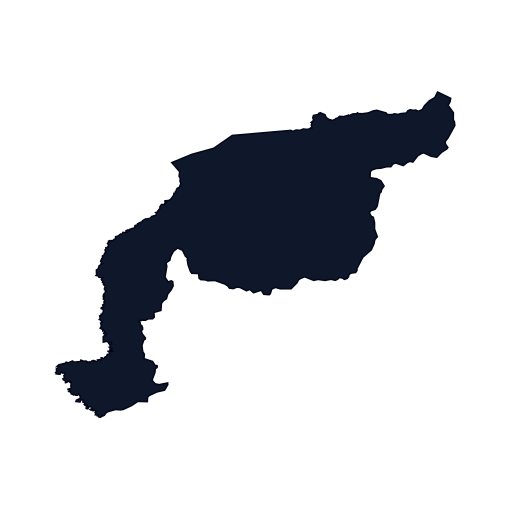 the district of Ikelenge, North-Western, Zambia, rotated 84°
{"feature_id": "96606910B32160654105939", "entity_name": "Ikelenge", "entity_type": "district", "adm_level": 2, "iso_a3": "ZMB", "parent_name": "Zambia", "parent_adm1": "North-Western", "projection": "equal_earth", "projection_center": [24.346, -11.254], "detail": "fine", "context": "isolated", "style": "filled", "palette": "ink", "viewbox_px": 512, "rotation_deg": 84, "n_neighbors": 0, "source": "geoboundaries", "source_scale": "gbopen_adm2", "svg_char_len": 6124}
<svg xmlns="http://www.w3.org/2000/svg" viewBox="0 0 512 512"><g transform="rotate(84 256 256)"><path d="M373.0,357.1L373.8,365.8L372.6,369.6L369.7,371.8L368.1,372.1L361.1,368.6L357.5,368.0L356.6,366.0L355.3,365.7L354.6,365.9L354.2,367.9L350.1,369.8L346.4,378.1L342.0,377.3L339.4,378.6L333.0,378.8L327.9,376.4L327.1,374.8L326.0,374.5L321.5,377.3L318.5,377.9L317.1,376.4L315.4,376.3L313.3,376.9L312.5,378.1L310.2,378.2L309.3,379.4L307.8,378.0L308.4,377.6L307.9,376.0L308.4,372.8L307.3,369.6L307.6,365.4L306.2,363.5L301.5,363.5L300.2,356.2L293.2,355.0L290.8,352.7L289.1,349.5L284.7,347.8L280.8,343.9L277.0,341.5L272.8,341.5L271.8,342.9L272.6,346.1L267.6,348.7L257.0,345.8L253.4,346.1L251.2,342.1L247.6,340.9L242.7,337.6L239.9,333.1L242.6,328.5L249.1,326.1L250.7,324.2L252.2,324.8L257.8,324.5L264.4,322.9L266.5,321.7L267.5,314.8L272.1,315.0L273.7,313.5L274.6,308.5L275.6,306.7L276.1,299.4L280.6,290.0L282.9,287.1L285.2,285.8L286.1,282.0L285.0,278.4L285.6,275.2L289.6,269.1L288.6,265.6L292.3,262.3L290.6,254.3L294.9,252.3L295.9,246.9L295.0,245.7L290.5,243.8L289.3,239.8L291.1,235.5L292.3,224.6L286.8,217.9L284.3,216.4L283.0,214.1L281.8,209.7L286.3,201.1L285.8,196.7L287.5,190.0L287.0,184.0L288.5,179.6L287.5,177.0L286.1,175.4L286.9,172.3L288.5,170.6L287.9,167.8L286.4,166.2L284.4,165.6L283.0,163.5L282.8,158.6L281.0,157.1L279.0,156.9L268.4,149.9L261.9,140.7L256.2,137.4L252.2,136.1L249.5,133.3L241.6,135.3L235.2,134.6L229.7,135.3L228.6,137.2L225.0,138.7L223.1,137.4L222.0,132.7L219.2,130.3L206.7,126.5L205.2,124.7L203.1,124.2L199.8,121.3L194.1,124.1L191.7,128.0L190.0,134.4L184.2,133.5L182.6,131.9L181.6,127.4L181.7,122.3L180.9,116.9L181.3,112.5L178.8,110.2L178.1,107.4L181.5,100.1L178.7,95.7L178.0,92.9L179.0,90.2L173.2,84.6L171.2,80.2L171.0,78.3L175.1,71.5L176.7,65.9L172.2,60.5L169.6,55.2L168.2,53.8L164.6,55.8L161.8,55.8L158.9,52.9L147.0,44.6L143.3,44.6L141.3,45.5L134.1,44.7L126.3,49.2L122.8,46.8L119.5,45.9L111.9,58.3L117.1,61.6L119.8,67.5L124.1,72.7L127.8,75.4L129.0,79.6L127.5,81.8L127.6,84.4L126.6,87.4L127.6,90.1L129.5,91.4L129.5,97.7L130.1,99.7L129.0,103.5L129.6,105.6L129.1,110.5L127.3,111.7L123.7,120.6L123.9,124.1L125.4,129.3L125.6,135.1L125.1,139.0L124.2,140.1L125.0,141.3L124.8,144.8L126.1,148.8L125.6,149.1L126.3,149.8L125.8,150.2L126.5,154.2L125.9,157.8L126.4,157.6L126.3,159.1L127.2,159.9L127.6,162.2L128.1,162.2L129.2,166.0L128.3,167.5L128.4,169.1L127.8,169.0L125.7,171.7L122.7,172.6L120.2,177.1L120.7,178.7L121.6,178.9L122.2,184.2L124.5,185.1L127.0,184.5L128.8,187.0L129.0,186.2L131.7,187.4L133.5,186.9L134.3,188.2L134.8,187.6L135.4,191.7L134.6,195.8L135.6,199.0L134.9,202.9L135.9,206.5L134.7,208.1L133.6,267.0L144.4,286.7L148.2,309.3L154.3,330.0L164.2,323.1L168.6,324.2L171.0,323.2L173.5,323.8L176.3,323.2L179.8,325.3L180.4,327.3L181.6,328.2L183.0,328.5L183.5,329.4L184.4,329.1L185.1,329.9L184.9,330.9L187.3,331.8L190.7,335.0L191.6,336.9L191.6,340.3L192.6,339.4L192.6,340.8L193.8,340.2L194.1,341.3L195.2,341.5L194.9,344.7L197.3,346.6L198.1,346.1L201.0,349.0L201.3,348.5L202.2,349.6L202.3,351.2L203.0,350.6L204.9,351.0L205.8,355.7L207.4,357.1L207.7,362.3L209.0,365.1L210.4,366.3L210.4,367.5L211.6,370.5L212.6,370.7L213.1,373.2L215.2,373.7L216.2,378.6L217.9,379.6L216.6,380.4L217.1,382.4L218.7,381.8L218.4,382.6L219.1,382.5L218.6,386.0L220.1,386.7L220.0,388.4L221.6,390.9L222.2,393.7L224.3,393.8L224.6,395.4L225.7,396.7L225.4,400.1L225.9,401.2L226.6,400.8L228.0,402.4L229.3,401.6L230.9,401.9L232.2,403.6L232.0,404.4L233.5,404.5L234.3,405.6L237.0,404.9L237.3,406.3L238.8,406.7L240.0,408.8L242.0,408.6L242.2,409.5L245.0,411.1L246.9,410.1L247.5,410.8L247.8,409.8L249.4,413.1L252.3,414.3L253.2,416.2L256.3,416.5L256.9,415.5L258.6,417.2L259.5,414.8L260.7,414.5L261.7,411.0L263.4,412.3L265.3,410.9L266.1,411.5L267.5,410.2L268.5,410.7L270.2,409.1L273.0,410.3L275.3,408.9L275.1,409.5L276.8,409.8L278.1,411.5L279.5,412.0L279.5,411.2L280.2,411.1L280.6,412.7L280.8,411.5L282.8,412.4L283.9,411.0L285.7,412.0L286.2,410.9L286.7,411.9L288.1,412.1L288.6,413.6L290.5,412.9L291.2,415.2L292.1,415.5L293.1,413.4L296.6,414.0L296.8,414.8L297.9,414.8L297.8,416.1L298.8,415.9L299.2,417.8L301.6,417.4L302.8,418.5L303.2,417.5L306.0,415.9L306.4,417.6L309.4,417.1L311.6,418.5L313.2,416.0L314.6,416.2L314.5,415.0L315.6,414.0L316.8,415.7L317.4,415.4L318.1,413.2L320.2,416.4L325.7,416.9L325.3,413.4L326.3,411.4L326.6,412.0L327.7,411.4L326.7,409.9L327.0,408.7L328.5,409.0L328.6,410.8L331.5,410.2L331.5,411.2L332.0,410.6L333.2,410.9L332.9,409.1L333.5,408.7L334.3,409.2L333.5,410.3L334.7,411.3L335.8,409.4L335.8,411.8L334.9,413.7L335.9,412.3L338.1,411.5L338.3,414.2L340.1,415.1L340.9,417.0L341.6,417.0L342.0,418.8L341.1,419.7L341.2,420.8L342.7,420.4L343.3,421.3L342.7,422.1L342.8,424.2L343.3,423.8L344.3,425.2L342.9,428.7L343.6,429.0L343.1,430.1L344.6,432.3L343.8,432.7L344.1,433.7L343.2,435.5L343.7,435.8L342.7,435.9L342.6,438.4L341.2,441.0L342.6,441.6L342.5,448.1L341.2,449.5L342.6,453.9L341.7,455.9L342.7,456.9L343.6,463.6L345.0,465.4L344.9,463.6L345.7,463.0L347.4,466.4L349.0,466.4L349.2,465.7L351.0,467.4L351.2,466.6L352.3,467.1L353.0,464.3L353.1,463.3L350.8,461.7L352.2,460.8L352.5,458.4L353.9,458.3L354.8,459.6L357.3,459.2L357.8,460.8L358.9,460.7L360.0,458.8L362.1,458.7L361.8,457.1L361.1,456.8L361.1,453.8L361.9,453.0L362.2,454.2L363.3,453.0L366.0,453.8L367.1,453.1L368.5,454.6L368.7,456.9L369.2,457.0L370.2,455.1L371.2,456.3L371.8,454.7L373.7,454.2L375.2,451.7L374.6,451.0L375.7,449.7L375.8,448.2L374.8,446.6L377.2,445.5L379.2,445.7L380.6,449.7L381.9,450.3L382.8,446.2L380.8,445.4L381.1,443.2L383.2,443.4L384.2,441.3L385.8,442.4L386.6,441.6L385.9,440.5L386.8,439.3L387.8,439.7L387.5,440.9L388.0,440.3L389.7,440.9L390.4,440.0L390.0,438.8L388.7,438.6L388.7,435.5L390.4,434.6L391.3,437.1L392.1,436.1L392.0,434.9L392.9,434.3L392.4,433.4L393.6,430.8L394.7,432.4L396.1,431.8L397.1,432.4L397.5,430.8L398.3,430.6L398.0,429.9L399.7,429.1L400.1,427.6L399.4,426.0L398.7,426.2L398.3,425.4L399.0,424.7L398.5,423.4L396.4,421.7L395.3,419.4L394.0,411.5L394.9,406.9L394.7,404.0L391.7,395.2L388.3,388.8L389.5,379.3L385.3,378.6L383.8,377.3L380.8,368.6L379.9,361.0L374.8,357.2L373.0,357.1Z" fill="#0f172a" stroke="#020617" stroke-width="1.5"/></g></svg>